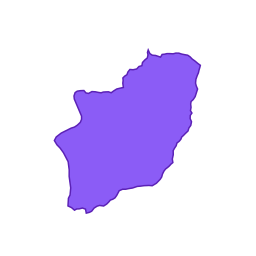 São José do Brejo do Cruz, Paraíba, Brazil (Robinson projection), rotated 141°
{"feature_id": "56859067B98601062651136", "entity_name": "São José do Brejo do Cruz", "entity_type": "district", "adm_level": 2, "iso_a3": "BRA", "parent_name": "Brazil", "parent_adm1": "Paraíba", "projection": "robinson", "projection_center": [-37.369, -6.238], "detail": "fine", "context": "isolated", "style": "filled", "palette": "violet", "viewbox_px": 256, "rotation_deg": 141, "n_neighbors": 0, "source": "geoboundaries", "source_scale": "gbopen_adm2", "svg_char_len": 1841}
<svg xmlns="http://www.w3.org/2000/svg" viewBox="0 0 256 256"><g transform="rotate(141 128 128)"><path d="M223.7,105.2L222.0,101.7L221.3,97.8L218.9,97.4L216.7,95.8L213.8,94.5L212.1,91.7L214.0,88.1L211.0,86.7L208.6,86.2L204.7,87.1L201.2,86.7L198.8,85.7L196.0,82.7L192.4,82.3L189.6,82.6L187.1,83.1L184.6,82.2L182.1,81.9L179.2,82.7L174.3,84.8L170.7,83.8L168.4,81.9L165.5,80.4L162.2,78.5L157.6,76.8L154.8,74.9L152.0,73.2L147.9,70.2L145.5,67.9L140.7,67.2L135.2,67.9L132.7,68.7L130.2,70.5L127.1,71.9L124.6,72.5L122.0,72.4L119.7,72.5L117.2,72.9L114.9,72.9L113.1,76.0L109.7,78.7L107.1,82.0L104.3,83.1L101.7,83.9L99.5,85.5L96.4,85.5L94.0,86.0L91.9,87.2L89.7,87.3L87.2,87.6L83.3,87.9L80.6,89.7L77.6,90.5L74.7,92.9L73.8,96.2L71.7,98.6L68.9,99.4L68.6,102.1L66.0,104.4L64.2,107.2L62.3,108.9L59.3,109.1L56.1,110.1L52.9,112.2L49.4,114.5L48.5,117.7L47.3,120.3L44.6,123.1L41.0,125.3L38.5,126.6L36.5,128.2L34.3,129.7L32.3,131.2L33.1,134.2L33.8,137.9L34.7,141.1L35.0,144.4L35.8,147.0L37.7,149.2L39.7,151.6L41.4,154.2L43.7,156.1L46.3,157.3L48.6,159.4L50.9,161.3L53.0,162.3L55.2,163.7L58.1,162.6L59.5,164.8L60.9,167.0L63.3,169.3L64.2,172.1L63.2,175.9L65.3,174.5L66.5,172.2L68.9,170.3L72.0,170.3L75.5,169.8L78.0,167.7L80.8,168.9L84.1,168.4L87.4,170.1L89.7,172.3L92.8,171.6L95.3,170.1L98.0,170.4L100.5,170.1L101.8,168.1L103.9,166.0L106.1,162.4L109.0,163.9L112.2,165.4L115.4,165.8L118.9,166.0L120.4,168.4L122.5,170.0L124.6,171.5L126.8,172.3L128.7,174.4L130.6,176.7L133.1,179.0L136.9,179.7L138.6,181.7L138.7,184.9L141.4,186.9L144.3,188.6L146.8,188.8L149.8,186.9L151.5,184.3L156.6,166.5L158.6,164.0L161.5,162.4L165.6,162.1L169.0,162.4L172.3,163.7L183.2,166.1L189.4,166.2L193.1,164.6L193.8,159.7L193.4,155.2L193.7,149.4L195.7,139.5L200.1,132.4L204.2,127.4L210.2,117.5L215.2,112.4L218.5,110.9L223.7,105.2Z" fill="#8b5cf6" stroke="#5b21b6" stroke-width="1.5"/></g></svg>